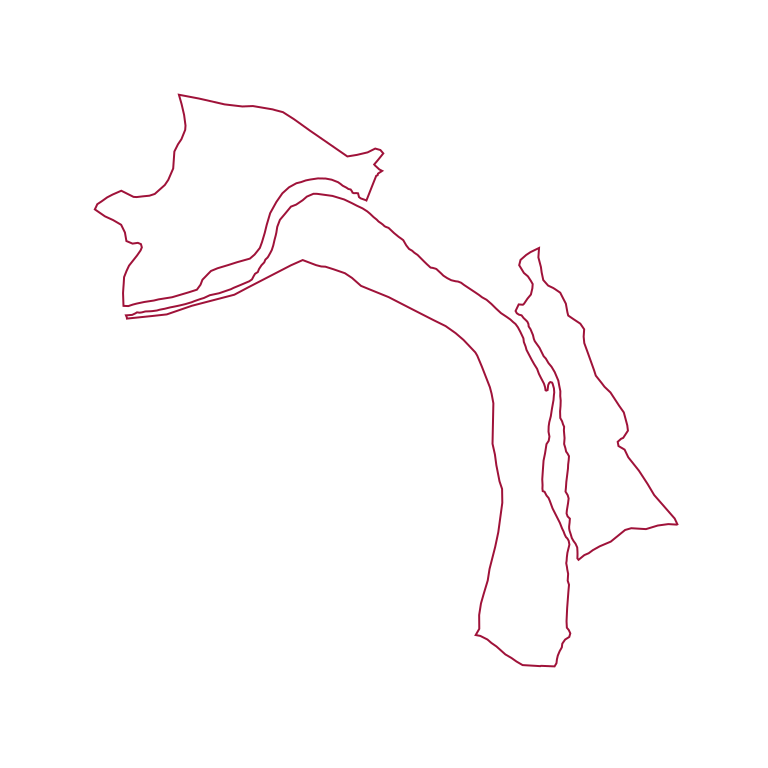 Qina, Qina, Egypt (orthographic projection), rotated 7°
{"feature_id": "37247803B17837872993253", "entity_name": "Qina", "entity_type": "district", "adm_level": 2, "iso_a3": "EGY", "parent_name": "Egypt", "parent_adm1": "Qina", "projection": "orthographic", "projection_center": [32.69, 26.097], "detail": "fine", "context": "isolated", "style": "outline", "palette": "rose", "viewbox_px": 768, "rotation_deg": 7, "n_neighbors": 0, "source": "geoboundaries", "source_scale": "gbopen_adm2", "svg_char_len": 6121}
<svg xmlns="http://www.w3.org/2000/svg" viewBox="0 0 768 768"><g transform="rotate(7 384 384)"><path d="M120.9,350.4L144.6,345.0L159.9,341.4L183.7,329.8L224.6,313.6L237.2,304.8L277.2,277.5L288.2,270.9L302.1,274.3L307.4,275.0L311.5,274.7L320.0,276.3L331.7,278.8L339.3,282.6L349.2,289.4L357.6,291.7L378.0,297.2L402.7,306.3L425.2,314.5L438.1,319.0L448.9,324.8L457.6,330.6L458.2,331.1L470.8,341.5L473.1,344.5L479.0,354.8L489.5,374.3L492.0,380.6L494.9,389.8L499.0,430.1L502.7,440.5L505.4,450.9L506.4,453.9L510.5,466.5L514.0,473.8L515.9,487.5L515.5,517.2L514.2,532.2L511.3,554.7L510.9,566.4L508.5,580.4L507.0,590.0L506.6,601.7L508.4,615.4L505.6,622.0L510.3,622.3L517.8,625.0L522.1,627.9L527.6,630.8L537.4,637.6L543.9,640.4L549.3,643.3L555.8,646.1L568.3,645.3L573.6,645.0L574.2,644.6L587.7,643.5L589.2,640.1L589.2,636.2L589.6,632.4L590.9,627.8L592.6,623.7L592.6,620.0L594.9,615.6L598.7,612.5L599.3,608.8L597.4,605.7L595.2,603.6L594.1,597.3L593.1,584.2L592.7,575.5L592.3,567.0L592.1,560.7L590.3,556.9L589.9,550.0L588.4,545.4L588.0,543.7L586.7,539.6L586.8,537.3L586.6,533.8L586.6,529.2L587.6,520.8L586.4,517.1L585.4,515.7L584.5,514.7L583.3,513.8L581.7,511.4L580.2,508.5L578.3,505.6L575.5,500.4L566.5,487.0L562.8,479.8L561.2,477.0L558.9,474.9L556.5,471.4L554.6,471.0L554.0,468.6L553.7,465.1L552.7,459.4L552.2,450.4L551.7,440.6L552.3,433.2L552.6,423.9L554.4,420.3L554.6,416.0L553.1,411.3L552.6,405.9L552.7,401.8L553.5,395.6L553.7,388.4L554.2,379.3L554.0,374.6L554.0,371.6L553.2,367.6L551.3,363.1L550.6,362.1L548.8,361.8L547.8,362.9L547.1,365.1L547.1,370.1L545.8,370.8L545.1,370.5L544.3,367.6L542.7,364.1L538.9,358.6L536.5,355.0L534.1,350.3L530.6,346.0L527.5,341.8L524.2,337.0L521.3,332.8L520.0,329.6L517.7,325.3L516.8,321.7L513.0,315.7L510.0,311.4L507.2,308.4L504.5,306.7L501.6,304.6L497.5,302.4L491.5,299.4L485.8,295.3L480.9,291.5L475.5,287.9L470.8,286.0L467.4,284.0L463.7,282.1L461.1,280.8L451.3,275.9L448.2,274.1L445.0,273.3L442.5,273.3L438.1,272.8L433.8,271.2L429.7,269.2L427.4,267.4L424.9,265.6L422.0,263.5L420.8,263.2L418.0,262.8L416.2,262.8L415.3,262.3L414.4,261.6L412.0,259.9L409.1,257.7L405.4,254.8L401.6,251.8L398.1,250.0L395.7,248.3L392.4,246.9L389.2,243.7L385.6,238.9L383.7,237.8L380.7,236.2L375.5,232.9L369.5,228.5L366.6,227.8L365.3,227.3L363.4,225.9L361.5,224.8L358.8,223.4L356.7,221.7L353.3,219.6L349.4,216.7L346.3,214.7L341.3,212.3L335.2,210.3L330.1,208.4L322.0,205.7L309.9,203.6L294.5,203.4L290.8,203.8L284.6,207.4L280.9,211.5L274.9,216.7L270.0,219.3L264.9,227.3L260.7,233.7L258.9,241.0L258.7,246.8L258.4,249.9L257.8,254.2L257.2,260.0L256.3,264.7L255.1,267.9L253.5,271.8L253.1,272.4L253.1,272.6L251.1,275.0L250.3,277.9L247.9,281.1L245.9,285.2L245.1,288.3L242.6,290.3L241.5,292.8L240.2,296.3L237.7,298.5L229.2,303.4L223.0,306.9L220.6,308.5L209.3,314.0L200.3,317.1L194.7,320.6L191.5,322.0L186.0,324.7L183.1,326.3L176.9,329.0L175.8,329.4L171.5,331.0L168.3,332.1L165.3,333.1L162.5,334.0L157.0,336.1L156.0,336.4L152.3,337.6L149.7,338.7L145.1,339.9L143.1,340.3L138.2,341.1L135.0,342.4L132.8,343.0L130.1,343.0L128.6,344.2L125.6,346.1L123.6,346.5L120.7,347.1L119.5,347.3L120.7,349.4L120.9,350.4ZM115.9,338.2L116.1,338.2L120.8,337.8L125.0,335.8L128.8,334.3L136.1,331.8L145.4,329.2L149.9,327.5L163.1,323.7L179.0,316.8L186.8,313.2L189.8,307.8L191.1,302.6L193.7,299.2L196.1,296.0L198.5,292.9L204.7,289.4L214.7,285.0L223.4,281.0L235.6,275.9L239.8,271.3L244.2,264.1L245.6,258.1L247.2,248.7L248.2,240.3L250.2,228.3L255.0,216.4L259.9,207.1L265.8,200.3L272.6,195.4L277.1,193.7L281.5,191.5L285.7,190.1L293.3,188.0L301.0,187.2L307.2,187.6L313.8,189.3L316.6,190.8L318.8,192.2L322.8,193.7L324.9,194.8L327.2,195.0L328.9,196.9L329.4,197.9L330.8,198.3L333.1,197.9L335.0,197.9L336.4,201.5L338.3,202.6L342.4,203.5L343.7,203.8L344.2,204.0L348.7,186.6L350.9,178.3L352.2,177.6L352.4,175.9L356.2,172.7L353.2,171.6L348.6,168.3L347.5,167.3L350.4,162.9L355.2,155.2L351.9,152.2L346.6,151.4L339.5,156.1L329.2,159.9L319.9,162.6L294.1,149.1L279.9,141.7L262.5,132.2L250.6,126.5L242.4,125.4L240.0,125.0L220.0,124.1L209.6,125.8L191.7,125.9L172.4,123.9L165.3,123.2L145.2,121.9L149.0,130.9L152.8,141.3L155.5,151.7L155.7,156.0L153.1,165.7L150.3,171.2L147.6,178.8L148.5,195.8L145.0,207.7L142.2,213.2L133.3,223.3L128.2,225.7L121.9,227.1L115.7,228.6L112.6,228.8L99.7,224.2L91.6,229.0L86.5,232.5L81.5,237.1L77.5,240.5L76.5,243.7L75.7,245.9L86.6,251.6L95.1,254.3L103.7,258.0L108.4,265.2L110.9,273.5L117.3,275.3L122.5,273.9L125.7,274.8L127.0,277.9L126.1,281.1L123.2,286.6L116.5,297.6L114.7,303.1L113.0,309.6L113.4,315.9L113.6,320.2L113.9,325.5L115.9,338.2ZM692.3,487.5L688.9,482.1L665.7,461.3L657.8,451.1L647.6,439.0L635.4,427.0L630.8,419.8L624.3,417.0L623.0,412.9L626.0,409.5L628.0,408.3L631.8,400.6L630.5,395.4L625.5,383.0L620.0,376.9L609.8,364.8L603.2,359.9L600.0,356.6L593.2,349.9L590.8,344.7L582.5,328.2L577.8,319.0L576.4,312.7L576.0,305.3L571.5,300.2L563.9,296.4L558.5,293.6L557.3,290.5L554.7,282.1L549.8,274.9L547.8,271.9L542.4,269.1L540.3,268.1L534.9,266.3L529.4,261.4L526.9,254.1L525.5,248.8L521.8,239.5L521.3,230.1L513.4,235.2L509.4,238.6L504.4,244.2L503.7,249.6L509.3,256.7L513.7,259.6L517.1,263.6L519.4,266.7L519.6,270.9L518.9,277.3L516.0,281.8L513.2,287.3L512.2,288.4L508.0,288.6L505.7,295.5L507.2,297.6L509.4,298.7L512.2,299.1L514.5,301.5L516.7,303.1L518.7,304.7L520.0,306.8L520.6,309.3L522.7,311.7L525.9,317.3L527.2,320.9L528.4,323.1L533.9,329.1L539.1,337.0L541.5,339.0L544.7,343.2L548.2,346.5L552.0,351.4L556.6,359.4L558.0,363.9L559.9,369.6L560.4,374.5L561.4,378.9L561.9,384.4L562.1,389.7L563.1,396.3L565.3,399.3L566.6,402.2L568.0,404.5L568.2,408.1L569.8,415.7L570.1,421.6L571.9,425.7L573.0,428.9L574.6,430.6L576.4,433.1L576.6,437.0L576.6,441.6L576.9,445.4L576.9,459.0L577.2,464.6L577.3,468.7L579.9,472.0L581.2,475.1L581.2,479.9L580.9,487.2L581.0,490.3L582.4,493.1L584.9,495.0L585.1,498.9L585.1,502.7L585.4,504.9L586.0,506.9L587.6,510.3L589.2,514.0L591.3,516.8L593.5,519.1L595.7,522.7L596.4,526.5L596.8,529.2L597.2,533.5L598.5,534.8L603.7,529.4L607.8,527.0L611.6,523.4L617.9,518.8L628.3,512.8L641.1,499.5L647.0,497.0L658.6,496.3L661.7,496.1L673.0,491.1L683.3,488.4L691.7,487.9L692.3,487.5Z" fill="none" stroke="#9f1239" stroke-width="2"/></g></svg>